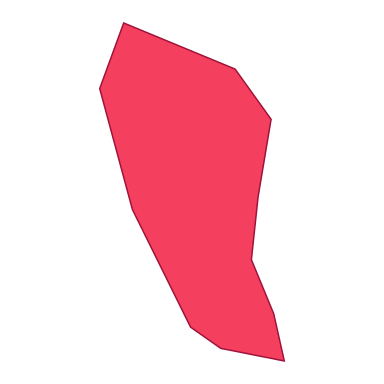 map outline of Sigave (Equal Earth projection)
{"feature_id": "WLF-4995", "entity_name": "Sigave", "entity_type": "state/province", "adm_level": 1, "iso_a3": "WLF", "parent_name": "Wallis and Futuna", "parent_adm1": "", "projection": "equal_earth", "projection_center": [-178.148, -14.273], "detail": "fine", "context": "isolated", "style": "filled", "palette": "rose", "viewbox_px": 384, "rotation_deg": 0, "n_neighbors": 0, "source": "natural_earth", "source_scale": "10m", "svg_char_len": 272}
<svg xmlns="http://www.w3.org/2000/svg" viewBox="0 0 384 384"><path d="M284.3,361.0L220.8,348.4L190.6,327.2L132.4,209.5L99.7,88.6L123.7,23.0L235.1,69.1L271.1,119.3L258.1,196.8L251.4,259.7L273.7,313.7L284.3,361.0Z" fill="#f43f5e" stroke="#9f1239" stroke-width="1.5"/></svg>